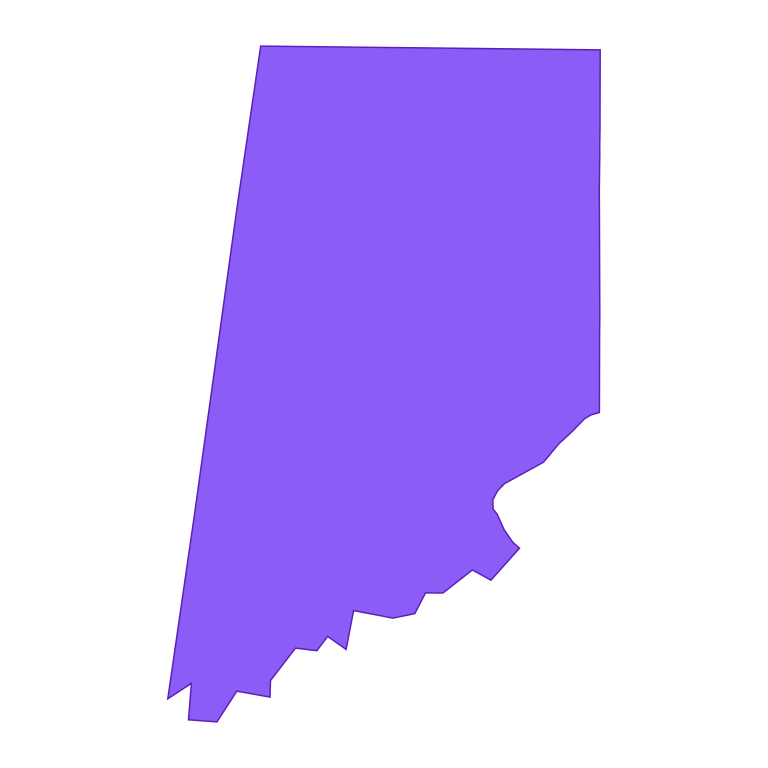 Dearborn, Indiana, United States of America
{"feature_id": "52423323B83355931672108", "entity_name": "Dearborn", "entity_type": "district", "adm_level": 2, "iso_a3": "USA", "parent_name": "United States of America", "parent_adm1": "Indiana", "projection": "equal_earth", "projection_center": [-84.939, 39.121], "detail": "fine", "context": "isolated", "style": "filled", "palette": "violet", "viewbox_px": 768, "rotation_deg": 0, "n_neighbors": 0, "source": "geoboundaries", "source_scale": "gbopen_adm2", "svg_char_len": 706}
<svg xmlns="http://www.w3.org/2000/svg" viewBox="0 0 768 768"><path d="M167.8,698.8L191.4,683.3L188.5,719.8L216.9,721.9L236.8,691.2L270.0,697.1L270.5,680.5L295.5,648.1L316.9,650.7L327.6,636.4L346.1,649.4L353.6,610.6L392.9,618.1L414.8,613.6L425.5,592.9L442.9,593.0L472.4,569.9L490.9,580.2L519.5,548.2L512.9,542.4L504.3,530.0L497.1,514.1L493.1,509.0L492.8,499.9L497.6,490.7L504.5,483.6L529.3,470.0L543.5,462.2L558.8,443.8L572.7,431.0L584.2,419.0L591.0,414.9L599.4,412.5L599.6,333.2L599.8,317.7L599.4,206.8L599.3,191.3L599.7,160.2L599.8,153.9L599.7,148.1L600.0,128.4L600.0,110.8L600.2,49.9L260.7,46.1L238.1,200.3L234.0,229.4L194.8,512.3L167.8,698.8Z" fill="#8b5cf6" stroke="#5b21b6" stroke-width="1.5"/></svg>